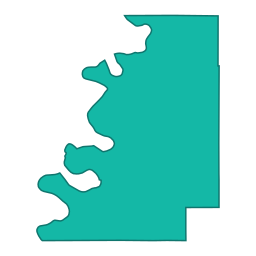 outline of Bolivar, Mississippi, United States of America
{"feature_id": "52423323B48999249202093", "entity_name": "Bolivar", "entity_type": "district", "adm_level": 2, "iso_a3": "USA", "parent_name": "United States of America", "parent_adm1": "Mississippi", "projection": "albers", "projection_center": [-91.039, 33.825], "detail": "fine", "context": "isolated", "style": "filled", "palette": "teal", "viewbox_px": 256, "rotation_deg": 0, "n_neighbors": 0, "source": "geoboundaries", "source_scale": "gbopen_adm2", "svg_char_len": 2805}
<svg xmlns="http://www.w3.org/2000/svg" viewBox="0 0 256 256"><path d="M219.1,65.9L218.0,65.9L218.1,15.9L174.0,15.4L124.6,15.6L124.9,16.1L126.9,19.0L127.6,19.7L135.5,25.6L136.4,25.9L137.8,26.0L141.9,25.3L144.3,24.1L146.0,24.1L147.7,24.6L148.9,25.3L149.6,26.0L151.1,28.3L151.6,29.8L151.5,30.7L151.1,32.3L150.3,33.9L147.9,37.0L146.6,39.1L146.1,40.3L145.9,41.4L145.7,43.7L146.2,46.2L146.4,48.0L146.2,49.0L145.8,50.0L144.7,51.1L142.4,52.3L137.7,53.0L135.3,52.5L134.8,52.6L131.3,54.0L128.8,54.5L126.4,54.6L123.8,53.7L119.9,53.2L118.0,53.3L116.2,53.6L114.5,54.1L117.0,61.4L117.8,62.7L119.9,64.5L122.9,69.0L123.0,70.5L122.2,73.7L121.7,74.5L120.9,75.4L119.9,75.9L118.0,76.4L116.0,76.6L114.6,76.3L112.3,75.4L110.7,74.2L109.8,72.5L109.1,70.2L106.4,63.5L104.7,60.2L100.0,63.2L98.2,65.5L97.2,66.4L95.4,67.1L91.0,67.1L88.2,67.3L86.9,67.6L85.7,68.2L84.4,69.1L82.9,70.8L82.6,71.8L82.4,72.9L82.3,74.3L82.7,76.1L83.3,77.3L84.1,78.1L85.7,78.8L85.9,78.9L95.9,81.4L99.3,82.8L104.4,85.4L106.6,87.2L107.5,88.3L107.5,89.2L107.3,89.8L105.2,92.2L102.4,96.5L99.1,100.1L93.2,106.0L91.4,108.1L88.3,112.2L87.7,113.8L87.6,115.7L88.2,118.7L89.4,122.2L90.2,123.4L92.8,126.6L94.0,128.4L95.0,130.5L95.9,131.7L97.3,132.7L102.8,135.3L104.4,135.9L108.3,136.6L110.7,137.8L113.3,140.4L114.1,142.2L114.4,143.5L114.1,145.0L113.5,146.4L112.7,147.6L110.7,149.3L106.7,151.0L103.4,151.7L102.3,151.4L93.7,145.7L91.6,146.1L83.7,146.6L82.6,146.8L76.8,148.8L75.4,147.3L73.4,145.6L71.6,144.4L70.1,143.9L68.9,143.9L68.4,144.1L67.2,145.2L66.4,146.3L65.8,147.5L64.8,150.0L64.9,151.3L65.2,152.0L66.0,152.5L66.2,152.9L65.9,154.4L64.9,156.0L65.0,156.9L65.4,157.7L64.3,161.8L64.3,163.3L64.6,164.7L64.9,165.5L68.8,170.2L71.0,172.3L73.4,173.6L76.6,173.9L78.7,173.8L82.3,172.9L86.9,170.2L89.1,169.4L90.5,169.6L91.8,170.0L93.1,170.9L95.9,173.3L97.7,175.7L98.4,177.0L99.0,178.4L99.3,179.8L100.2,180.0L101.1,180.3L101.1,182.7L100.8,184.0L99.8,186.0L99.1,186.6L96.0,187.8L94.7,187.9L92.0,188.5L89.5,189.9L85.9,191.6L84.1,191.9L82.8,191.9L80.9,191.6L78.7,190.7L69.4,185.4L68.5,184.5L65.0,179.6L59.8,173.0L59.3,173.1L58.2,173.7L55.1,174.5L50.5,174.9L47.1,175.1L45.7,175.3L43.5,176.3L40.8,178.3L39.3,180.3L38.5,182.1L38.1,184.2L38.4,186.6L38.9,187.6L40.0,189.0L41.3,190.3L43.8,191.4L51.9,193.3L54.2,194.3L56.5,195.6L58.7,197.3L63.0,201.2L66.6,204.0L68.1,206.3L68.6,207.7L69.2,209.6L69.4,211.5L69.0,214.0L68.7,214.9L68.2,215.9L66.8,217.2L62.5,220.3L60.8,220.9L59.7,220.9L54.9,220.2L54.2,220.4L53.3,220.8L50.8,222.8L47.8,224.4L46.3,224.9L40.5,225.9L39.6,226.2L38.2,227.2L37.5,228.4L37.3,228.7L36.9,229.9L37.0,231.7L37.8,233.9L38.9,236.1L41.1,239.5L42.3,240.6L119.8,240.3L153.4,240.6L167.0,240.4L185.9,240.6L185.8,229.8L185.8,213.8L185.8,207.5L219.0,207.4L219.0,179.6L218.9,173.9L218.8,143.4L218.9,117.2L219.1,65.9Z" fill="#14b8a6" stroke="#0f766e" stroke-width="1.5"/></svg>